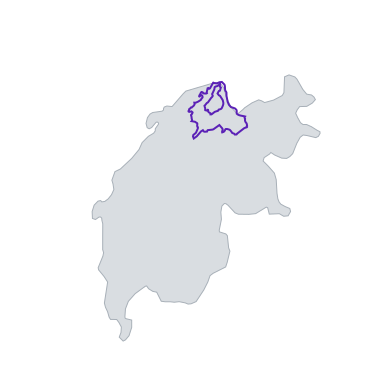 Switzerland, with Sankt Gallen highlighted, rotated 315°
{"feature_id": "CHE-167", "entity_name": "Sankt Gallen", "entity_type": "Canton", "adm_level": 1, "iso_a3": "CHE", "parent_name": "Switzerland", "parent_adm1": "", "projection": "natural_earth1", "projection_center": [9.275, 47.209], "detail": "fine", "context": "in_parent", "style": "outline", "palette": "violet", "viewbox_px": 384, "rotation_deg": 315, "n_neighbors": 0, "source": "natural_earth", "source_scale": "10m", "svg_char_len": 5771}
<svg xmlns="http://www.w3.org/2000/svg" viewBox="0 0 384 384"><g transform="rotate(315 192 192)"><path d="M282.3,129.0L284.3,130.2L289.2,134.0L288.1,140.5L282.5,151.1L279.6,159.6L279.3,166.2L279.8,169.2L280.8,169.2L286.2,169.7L288.9,169.7L297.5,171.4L304.3,174.0L305.7,176.8L306.6,180.1L314.7,184.7L324.1,187.6L327.3,186.7L338.9,176.0L343.4,177.8L346.1,183.4L346.0,186.4L342.9,197.8L342.3,203.9L345.1,207.9L345.4,211.0L344.6,213.9L340.0,214.2L333.7,212.6L328.5,207.7L324.5,208.3L321.0,209.6L319.3,214.2L317.7,219.7L318.2,222.8L320.7,225.2L322.6,230.2L324.1,236.8L325.1,239.8L324.0,241.1L320.7,242.0L318.0,241.1L313.2,233.3L310.9,230.3L307.2,229.8L300.5,231.7L290.3,236.1L286.2,236.1L282.7,235.2L279.4,231.5L276.6,224.3L275.7,219.8L273.8,220.0L267.3,218.7L264.2,220.4L264.2,227.8L263.6,236.9L260.3,242.8L251.2,253.0L247.9,257.5L246.5,260.7L246.2,263.4L247.6,268.2L249.5,272.8L247.9,275.5L243.1,276.8L239.7,274.0L238.4,269.1L231.0,262.3L234.4,256.6L233.8,255.2L221.7,252.3L216.4,248.0L209.1,240.5L207.7,237.2L208.1,226.8L207.7,224.2L206.7,223.0L203.1,223.1L198.1,226.7L193.5,232.1L184.2,238.3L183.2,239.6L186.3,245.6L186.1,247.9L178.4,257.4L177.0,260.6L167.2,266.6L162.8,268.8L149.4,264.4L145.6,263.9L139.6,266.8L131.1,269.6L117.4,272.4L112.3,270.4L110.0,268.5L108.8,265.6L105.4,260.5L101.5,257.4L98.9,254.1L95.3,250.5L93.0,247.5L96.2,237.9L94.0,234.5L92.9,229.7L93.5,226.4L92.3,225.6L79.9,223.7L69.7,224.3L62.3,227.6L56.2,232.9L55.5,234.0L55.8,235.0L58.8,239.9L53.6,245.1L45.8,249.1L40.3,249.5L37.9,248.7L37.9,243.2L42.5,241.1L46.6,237.5L48.1,232.4L48.6,228.9L44.3,224.5L44.9,221.9L47.7,216.9L49.3,212.4L51.5,208.6L60.1,202.3L68.7,196.0L70.1,189.3L70.9,181.1L72.1,179.2L83.7,174.3L86.6,172.4L88.1,169.6L97.3,160.4L106.4,151.4L108.2,148.4L109.7,146.6L109.7,145.1L108.6,144.0L104.3,143.2L102.9,140.3L107.6,135.2L113.5,132.1L119.1,132.0L121.4,133.5L121.2,135.2L123.7,137.0L127.9,137.6L133.2,137.0L138.5,135.0L141.8,130.5L143.7,127.0L152.0,123.1L157.6,125.1L173.2,125.6L184.6,124.5L191.7,121.8L200.6,121.8L206.5,123.3L207.6,123.1L209.2,122.8L210.8,121.3L216.4,120.3L217.2,119.2L216.9,117.9L215.9,117.3L209.1,117.9L206.4,117.0L205.8,114.8L208.0,111.0L213.1,107.9L217.4,107.2L220.4,108.0L228.0,113.7L229.8,113.9L230.8,112.9L232.4,112.3L235.0,113.4L237.9,117.0L238.4,117.5L255.2,116.3L259.0,116.3L270.4,122.5L282.3,129.0Z" fill="#d9dde1" stroke="#a8b0b8" stroke-width="1"/><path d="M284.3,129.7L284.4,130.2L286.4,132.8L289.0,133.8L290.9,135.3L290.9,139.0L290.2,140.3L287.6,143.2L287.2,144.0L286.9,145.5L286.6,146.1L284.3,148.5L282.1,151.8L281.0,153.4L280.5,154.7L279.8,156.4L279.7,157.5L279.6,159.3L280.2,160.7L280.4,161.1L280.9,162.0L281.5,163.4L281.5,165.3L280.9,166.4L279.8,167.3L279.0,168.3L279.1,169.1L279.1,169.4L279.6,170.9L280.4,172.3L282.5,175.4L282.9,176.1L282.3,176.2L281.9,176.4L281.6,176.8L281.4,177.6L281.2,177.9L280.5,178.4L280.2,178.7L279.7,179.5L279.4,180.2L279.2,181.2L279.2,181.6L279.1,182.1L278.9,182.5L278.0,183.9L277.2,184.2L277.0,184.9L276.7,185.0L276.3,184.9L275.5,184.4L274.1,183.8L264.9,182.6L264.6,182.8L264.2,182.8L264.0,182.7L262.9,181.6L263.1,180.8L263.0,180.5L262.5,179.4L262.2,178.6L262.2,178.3L262.3,178.1L262.4,177.8L262.7,175.3L262.6,174.7L262.3,173.9L261.4,172.3L260.8,171.7L260.3,171.3L259.8,171.3L259.3,171.5L258.5,171.8L257.2,171.9L256.8,171.8L255.5,171.2L255.7,170.8L258.0,169.4L258.4,168.2L258.7,164.0L251.5,162.8L250.5,162.3L246.9,159.4L246.5,159.4L245.4,159.9L243.6,158.4L243.2,157.6L243.1,157.4L243.2,156.9L243.4,156.0L241.3,155.5L234.8,156.0L231.1,155.4L232.0,153.4L233.3,152.6L236.1,152.9L237.0,152.8L241.0,151.2L241.7,150.7L242.0,150.3L241.9,149.6L242.3,149.1L242.8,148.5L243.7,147.8L244.1,147.4L244.3,147.0L244.1,146.3L243.8,144.5L242.1,142.0L241.8,141.6L242.5,141.5L243.1,140.9L244.0,139.4L244.7,138.7L245.5,137.2L245.7,136.9L246.0,136.8L246.3,136.9L246.5,136.9L246.8,136.9L247.1,136.7L247.4,136.6L247.8,136.5L248.3,136.4L248.5,136.3L248.7,136.1L248.7,135.8L248.6,134.9L248.6,134.6L246.7,133.4L246.6,133.2L246.5,132.7L246.7,132.3L247.1,132.2L247.5,132.1L247.8,132.0L248.4,131.5L248.6,131.4L249.1,131.6L249.6,131.6L250.7,131.5L251.0,131.5L251.3,131.9L251.4,132.0L251.6,132.1L252.2,132.0L252.5,132.0L253.4,132.2L254.2,132.2L255.3,132.0L255.9,131.8L256.2,131.4L256.8,130.5L257.8,131.5L260.1,132.4L262.7,133.0L263.9,133.1L264.2,132.9L264.8,132.6L265.2,132.6L265.8,132.7L266.3,132.6L266.6,132.3L266.9,132.0L267.1,131.7L267.3,131.1L267.0,129.8L266.7,129.7L266.4,129.7L266.1,129.8L265.7,129.9L264.9,129.8L264.7,129.7L264.7,129.4L264.8,129.3L265.1,129.4L265.3,129.3L265.6,129.0L265.8,128.9L266.2,128.7L266.6,128.7L267.2,128.6L267.4,128.6L267.7,128.3L268.1,128.2L268.4,128.1L269.4,128.0L270.0,128.9L270.0,129.3L270.0,129.6L269.7,130.1L269.9,130.5L271.4,132.2L272.0,132.6L272.5,132.7L272.9,131.9L276.4,129.7L277.1,130.1L276.8,130.9L276.9,131.0L277.6,131.4L277.9,131.4L278.2,131.4L278.8,131.2L284.2,129.7L284.3,129.7ZM279.8,143.9L279.4,142.6L279.7,140.4L281.6,139.8L282.4,139.6L283.4,140.1L286.3,138.5L286.2,137.7L286.3,137.1L286.5,136.9L288.0,135.5L285.3,135.1L284.2,134.7L283.5,134.2L283.3,134.2L282.7,134.0L282.4,133.9L282.2,133.9L281.8,134.1L280.4,135.2L276.9,136.5L276.4,136.7L275.6,136.9L275.2,137.4L275.0,137.9L274.9,138.4L274.4,138.8L273.6,139.0L272.1,139.0L269.7,139.4L266.6,139.9L265.5,139.6L265.0,139.6L262.5,139.9L261.9,139.8L261.7,140.1L261.3,140.6L260.7,141.9L260.1,142.6L259.3,143.3L259.2,143.5L260.1,145.0L260.8,144.9L261.0,144.9L261.3,145.0L261.4,145.3L261.1,145.8L260.8,146.1L260.4,146.5L260.3,146.9L260.2,147.4L260.7,149.4L259.9,150.2L260.4,150.7L260.7,150.9L261.3,151.0L264.7,151.4L266.8,152.4L267.5,152.9L268.0,152.9L269.1,152.6L270.0,153.2L270.6,153.4L271.1,153.7L271.7,153.8L272.1,153.8L274.1,153.1L275.4,152.5L276.4,151.9L277.3,151.0L278.7,148.8L279.8,143.9Z" fill="none" stroke="#5b21b6" stroke-width="2"/></g></svg>